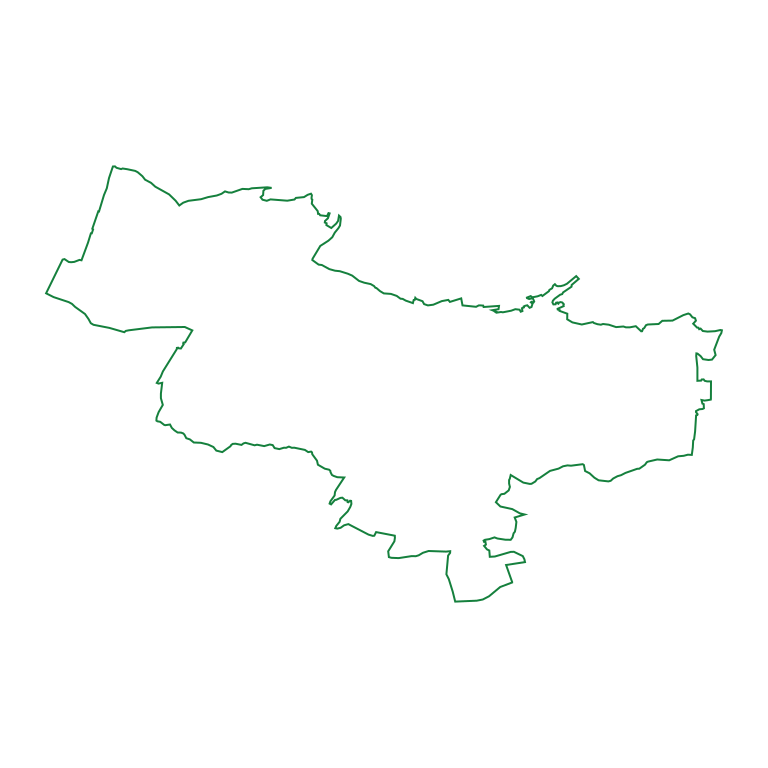 Voloiac, Mehedinti, Romania
{"feature_id": "2599482B70706234168944", "entity_name": "Voloiac", "entity_type": "district", "adm_level": 2, "iso_a3": "ROU", "parent_name": "Romania", "parent_adm1": "Mehedinti", "projection": "natural_earth1", "projection_center": [23.067, 44.63], "detail": "fine", "context": "isolated", "style": "outline", "palette": "green", "viewbox_px": 768, "rotation_deg": 0, "n_neighbors": 0, "source": "geoboundaries", "source_scale": "gbopen_adm2", "svg_char_len": 6104}
<svg xmlns="http://www.w3.org/2000/svg" viewBox="0 0 768 768"><path d="M512.9,582.2L512.3,582.2L511.7,580.8L506.1,565.0L525.0,562.1L524.4,559.3L522.8,556.1L513.9,551.8L510.7,551.9L494.9,556.5L489.8,556.8L489.3,550.5L487.0,549.4L484.1,545.9L485.9,544.6L485.4,541.8L484.1,541.9L483.6,540.6L485.0,539.8L489.4,539.1L494.5,537.4L497.4,538.5L505.3,539.7L510.7,539.8L512.5,537.4L513.6,533.3L514.9,531.7L515.7,527.9L516.4,521.9L514.7,517.5L524.6,514.5L519.8,513.3L512.3,509.1L500.4,506.5L495.9,502.2L500.5,494.9L501.4,494.2L504.4,493.8L508.7,490.4L509.9,486.9L509.1,483.6L509.1,480.0L509.8,478.7L510.7,475.0L523.3,482.6L529.7,483.9L531.5,483.8L535.3,481.5L537.1,479.1L539.5,478.1L550.0,470.9L558.6,468.6L563.0,466.3L567.5,465.4L571.0,465.7L582.7,464.2L583.9,465.0L585.1,471.0L589.6,473.3L594.4,477.7L598.6,480.3L608.4,481.4L610.7,480.8L613.2,478.5L617.5,476.2L621.0,475.2L625.5,472.9L637.2,468.8L639.3,468.7L645.0,464.7L646.8,462.2L648.1,461.6L657.2,459.5L669.2,460.3L678.1,456.3L683.7,455.8L687.9,454.7L691.8,454.9L692.8,447.5L693.2,440.5L694.1,439.3L695.1,431.4L696.1,415.4L697.3,415.0L697.6,414.2L696.0,412.1L696.0,411.1L699.3,409.3L702.5,409.0L703.9,408.3L703.7,404.1L702.4,403.6L701.5,400.0L704.5,400.6L707.5,400.2L710.8,399.6L710.9,398.7L711.0,381.4L707.1,381.4L704.7,380.8L703.6,379.4L701.7,379.5L701.1,380.6L697.4,380.8L697.4,367.5L696.2,356.0L696.4,353.4L697.5,353.6L700.6,356.1L703.0,359.2L708.5,360.0L712.0,359.6L715.6,355.1L714.2,349.7L719.2,336.6L721.3,333.1L721.9,330.3L720.4,330.0L715.0,331.2L707.5,331.6L702.8,331.0L700.6,328.6L699.2,329.2L698.4,327.7L697.1,327.6L693.2,323.7L695.9,320.7L695.1,318.2L692.4,317.3L690.1,314.4L688.3,313.5L683.4,315.1L672.5,320.6L662.3,320.8L658.6,324.0L647.8,324.5L646.0,325.2L644.2,328.1L643.0,328.8L642.1,331.2L641.2,331.3L635.8,326.2L630.0,327.3L625.8,327.3L623.4,326.5L616.1,327.1L608.8,324.7L603.0,324.0L600.9,324.7L597.5,324.2L593.9,323.0L592.9,322.1L581.8,324.5L572.4,322.4L567.2,319.3L567.3,313.7L559.6,310.9L559.7,310.2L557.7,309.5L557.6,308.8L563.7,306.1L563.4,304.9L563.8,304.2L562.3,302.5L560.5,302.1L559.0,302.6L558.4,303.7L557.7,303.3L557.4,302.5L556.1,302.7L555.6,304.3L553.4,304.4L552.4,302.4L552.9,300.7L554.7,298.7L560.2,294.7L562.2,294.1L563.1,292.4L571.5,286.7L571.7,284.9L578.8,278.9L576.2,276.1L566.9,283.8L563.8,285.3L560.8,286.1L557.8,286.2L556.4,285.8L554.9,284.2L553.2,285.6L552.1,288.3L549.4,289.9L548.9,291.2L542.4,296.0L541.2,294.9L537.6,296.3L532.4,297.3L530.7,296.1L526.9,297.6L527.0,298.1L529.1,299.0L532.8,298.2L534.2,301.5L533.5,302.5L531.5,301.8L530.9,302.3L532.5,303.7L531.5,307.0L529.6,307.8L527.3,305.3L525.1,305.8L523.7,306.5L523.9,307.4L522.0,308.2L522.4,311.1L520.7,311.7L519.6,309.7L515.3,309.2L511.2,310.7L502.9,312.3L501.0,312.0L496.4,312.7L495.4,312.0L496.1,311.7L492.3,310.2L498.5,309.2L499.0,305.9L483.6,307.0L483.2,305.6L480.4,305.4L478.8,305.4L476.1,306.8L462.5,305.4L461.2,298.4L449.9,301.9L448.3,299.9L441.8,301.1L433.3,304.7L427.9,305.4L424.1,304.1L422.5,301.2L416.4,299.0L415.3,297.8L414.8,299.8L413.7,300.0L412.9,303.1L405.7,300.6L402.7,298.9L400.5,298.7L396.7,295.9L390.9,293.9L383.8,293.4L380.0,291.1L376.4,288.0L375.4,287.8L374.1,286.1L370.7,284.1L364.2,282.7L359.0,280.9L352.2,275.6L347.8,273.7L339.8,271.2L335.0,270.7L329.3,269.1L321.8,265.0L318.6,264.6L312.3,260.0L312.6,258.7L320.3,245.9L328.4,240.7L332.3,237.2L334.8,232.6L338.4,228.2L340.0,225.5L340.8,218.7L340.5,217.0L339.0,215.6L338.1,220.9L336.2,223.6L331.3,228.0L326.4,225.1L326.6,223.3L324.8,222.5L325.0,221.0L327.9,218.3L329.6,213.4L328.5,213.1L327.0,216.1L320.2,215.3L319.2,213.9L318.1,213.9L317.7,211.1L311.8,203.7L312.3,199.6L311.7,199.1L311.5,198.0L311.9,195.2L311.0,193.7L307.7,194.8L304.0,197.1L295.9,197.9L294.5,199.5L287.3,200.7L270.5,199.4L266.8,200.8L262.5,199.7L260.6,197.2L263.1,195.1L263.4,190.8L265.3,188.9L271.6,187.9L267.3,187.3L251.8,188.3L248.7,189.2L242.4,188.9L231.8,192.6L228.6,192.5L225.0,191.4L221.5,193.8L216.8,195.5L208.1,197.1L201.1,199.2L188.5,200.8L183.2,202.7L179.3,205.5L175.6,200.7L169.1,194.4L155.3,186.7L151.1,182.9L145.1,179.7L142.4,176.2L137.7,172.2L135.2,170.9L127.2,169.2L122.6,168.5L121.1,169.1L116.5,167.8L115.0,166.4L112.9,166.5L109.0,178.1L106.8,188.3L104.0,195.0L99.0,211.5L98.3,211.3L92.3,228.8L93.1,229.4L91.8,233.3L90.9,233.3L88.0,242.7L81.5,260.3L79.5,259.9L74.2,261.9L71.2,262.2L68.8,262.0L64.5,259.1L62.6,259.6L46.1,293.3L53.6,297.1L68.7,302.1L72.0,303.9L75.1,306.9L85.0,314.0L88.5,319.0L90.8,323.2L93.5,324.8L109.4,327.9L124.3,332.2L125.8,330.9L128.8,330.3L152.1,327.4L184.8,327.0L192.3,330.4L185.2,342.4L183.4,342.6L183.2,343.6L183.7,344.2L180.9,348.5L178.7,348.3L178.2,347.7L176.9,347.9L176.8,349.1L162.9,371.4L160.7,376.7L156.8,382.9L158.5,383.6L162.2,382.8L160.9,393.6L160.9,398.2L162.8,404.9L158.6,412.2L156.6,417.6L156.4,420.6L157.4,421.3L160.2,421.8L164.2,424.9L165.2,425.2L170.0,424.5L171.8,427.9L174.4,430.3L177.6,432.5L181.0,432.6L183.2,433.4L184.4,434.6L186.3,438.2L189.9,439.4L193.8,442.5L200.9,442.8L208.0,444.5L213.4,447.0L216.3,450.6L222.3,452.1L230.4,446.3L231.2,445.0L232.7,443.9L235.5,443.7L241.5,444.9L243.5,443.4L245.5,442.8L254.6,445.3L257.0,444.7L264.2,446.1L269.8,444.5L272.7,445.1L274.6,448.1L279.3,449.1L284.0,447.7L286.1,447.8L288.9,446.6L291.8,447.8L294.3,447.7L304.9,449.9L308.2,452.1L311.1,451.6L312.0,452.4L312.3,454.3L317.0,460.7L317.9,464.7L324.8,468.7L329.1,469.7L330.3,470.8L330.5,472.1L331.9,474.9L333.6,475.9L337.3,477.2L344.2,477.5L336.0,489.9L335.0,492.1L334.6,495.5L330.4,501.3L329.6,503.6L331.1,504.4L335.0,499.9L336.1,499.9L340.4,497.9L342.4,497.7L345.3,500.3L347.3,500.3L347.6,502.1L348.3,502.3L350.1,500.7L351.1,500.9L351.4,503.9L350.3,506.9L347.7,511.4L340.4,518.8L339.6,521.8L336.3,525.9L335.3,528.2L337.3,528.6L340.6,527.8L344.1,525.3L348.3,524.1L368.5,534.6L372.8,535.9L374.3,535.7L376.1,532.1L394.8,535.7L394.9,537.8L394.4,541.3L388.2,551.3L388.9,557.1L391.4,557.8L398.7,558.1L411.7,556.1L415.8,556.2L418.7,555.3L422.9,552.8L428.6,551.0L446.1,551.6L450.2,551.2L450.1,552.9L448.1,555.6L446.4,574.3L448.8,579.1L452.7,591.6L455.2,601.6L476.7,600.7L482.8,599.5L489.0,596.3L500.2,587.0L512.9,582.2Z" fill="none" stroke="#15803d" stroke-width="2"/></svg>